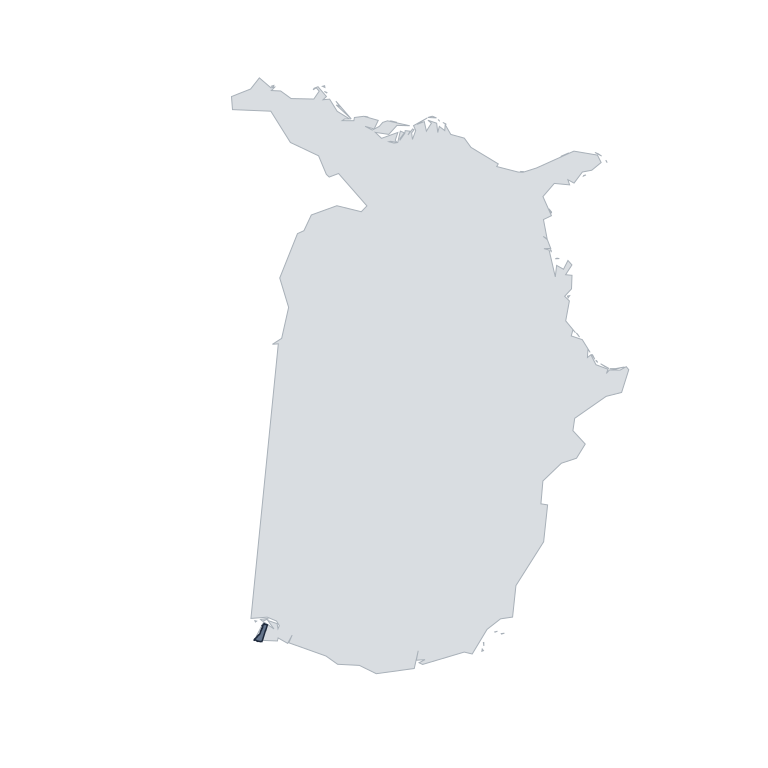 Clallam, Washington, United States of America (highlighted), rotated 287°
{"feature_id": "52423323B36348564143669", "entity_name": "Clallam", "entity_type": "district", "adm_level": 2, "iso_a3": "USA", "parent_name": "United States of America", "parent_adm1": "Washington", "projection": "orthographic", "projection_center": [-123.997, 48.129], "detail": "fine", "context": "in_parent", "style": "filled", "palette": "slate", "viewbox_px": 768, "rotation_deg": 287, "n_neighbors": 0, "source": "geoboundaries", "source_scale": "gbopen_adm2", "svg_char_len": 5206}
<svg xmlns="http://www.w3.org/2000/svg" viewBox="0 0 768 768"><g transform="rotate(287 384 384)"><path d="M587.6,223.9L611.8,196.0L602.1,158.9L614.3,154.1L627.1,170.2L640.3,175.3L634.2,189.2L635.9,192.7L631.7,190.5L634.0,199.5L629.8,211.7L636.0,233.6L645.1,236.4L647.4,232.6L644.6,230.2L646.4,230.7L649.0,234.0L642.1,244.9L638.0,242.6L640.5,248.7L631.1,259.5L627.4,273.5L625.9,268.8L623.6,267.0L627.0,278.2L630.2,277.8L634.1,286.4L634.4,301.4L625.0,300.0L624.9,290.6L623.4,298.5L629.0,304.2L633.8,306.3L636.7,310.4L638.5,333.1L635.1,320.8L624.1,315.6L622.1,302.1L618.2,309.8L628.6,323.7L620.5,323.5L618.9,325.5L618.0,319.2L617.1,317.8L617.3,323.2L618.9,326.5L630.6,325.7L630.2,330.0L623.5,327.6L621.6,327.9L629.8,330.6L632.5,330.2L633.4,335.1L629.2,334.1L636.3,336.8L635.8,338.4L632.2,337.0L626.2,339.7L635.7,340.2L639.7,336.7L651.1,347.6L641.9,339.6L646.7,345.8L638.2,350.6L647.3,353.1L649.1,348.9L648.8,358.1L640.2,361.9L646.5,361.6L644.1,368.0L649.9,366.7L642.2,374.9L642.6,388.9L635.7,398.0L627.9,428.9L624.9,428.2L625.9,450.3L627.1,455.0L635.1,466.6L662.2,497.5L665.3,521.2L659.3,526.9L649.2,520.2L644.7,511.7L631.7,507.0L633.1,500.1L628.7,503.3L625.6,488.2L609.7,481.2L593.9,494.9L587.9,488.4L570.6,497.5L571.7,493.1L569.8,498.0L562.4,503.8L560.2,497.4L560.4,502.7L536.5,516.5L547.9,514.4L546.2,522.1L555.9,523.8L552.8,528.9L541.6,525.7L542.9,532.0L529.8,535.5L520.7,531.1L517.6,537.0L497.5,539.3L489.0,552.2L491.1,548.8L484.7,549.0L484.4,560.6L474.5,571.9L476.7,568.9L468.8,570.8L472.4,573.3L464.4,581.1L463.6,593.9L459.1,593.6L463.3,595.4L466.3,605.7L471.4,610.6L469.2,613.9L445.4,613.7L437.1,600.0L407.0,576.4L394.6,578.3L385.4,594.0L369.3,589.8L360.1,576.8L337.7,564.3L315.3,569.1L316.2,575.8L279.8,582.8L229.8,569.1L198.7,575.1L193.5,564.1L179.5,554.3L151.6,547.3L151.1,539.1L127.1,502.9L127.7,499.0L132.4,503.8L129.3,495.7L138.9,494.7L120.8,496.1L104.7,461.3L107.7,442.7L102.4,421.6L106.9,408.0L108.7,368.6L117.0,369.6L107.8,367.7L110.2,357.0L107.1,357.2L101.2,334.9L121.3,338.6L117.6,350.4L123.9,342.0L123.6,351.8L118.9,354.2L122.3,354.6L125.9,350.5L126.9,340.5L120.9,325.3L391.5,271.2L389.4,265.7L397.7,272.8L429.4,270.4L454.9,253.3L502.5,257.3L507.2,262.6L524.4,265.1L540.7,286.8L542.1,311.9L549.3,315.6L572.0,279.0L565.9,271.1L567.6,267.6L583.1,254.7L587.6,223.9ZM636.5,260.4L640.4,255.3L627.9,275.2L636.9,256.7L636.5,260.4ZM122.8,334.7L125.6,340.9L125.4,341.9L121.6,337.2L122.8,334.7ZM470.6,609.0L465.7,600.8L464.7,595.5L466.4,600.9L470.6,609.0ZM635.6,188.8L637.4,191.4L636.4,191.5L635.6,188.8ZM521.7,533.7L522.8,535.7L520.3,534.9L521.7,533.7ZM162.7,556.1L165.8,554.6L166.0,555.0L162.7,556.1ZM159.3,555.4L158.1,557.1L157.0,555.7L159.3,555.4ZM646.3,241.4L646.1,244.2L645.6,244.1L646.3,241.4ZM465.3,590.0L464.6,594.8L466.7,585.2L465.3,590.0ZM653.9,487.1L659.1,493.2L653.2,486.6L653.9,487.1ZM179.3,562.4L180.8,564.8L179.1,562.7L179.3,562.4ZM666.8,521.6L665.6,525.5L667.1,518.0L666.8,521.6ZM654.2,351.9L653.8,356.4L651.7,348.0L654.2,351.9ZM119.9,329.7L120.0,331.5L118.8,330.6L119.9,329.7ZM472.9,574.9L469.2,578.4L472.8,574.3L472.9,574.9ZM650.7,238.1L651.9,240.0L650.3,240.8L650.7,238.1ZM179.6,569.1L180.9,572.0L179.2,569.5L179.6,569.1ZM468.5,580.4L467.1,582.1L468.1,579.9L468.5,580.4ZM637.7,314.3L638.0,319.9L637.2,312.5L637.7,314.3ZM488.2,554.6L486.0,557.3L489.1,552.9L488.2,554.6ZM627.1,452.1L628.0,455.6L626.9,453.5L627.1,452.1ZM650.9,366.6L650.5,367.8L651.3,363.8L650.9,366.6ZM599.8,490.5L597.5,493.9L596.3,494.3L599.8,490.5ZM561.1,503.8L560.8,504.7L559.0,505.5L561.1,503.8ZM641.8,514.0L643.0,516.0L641.1,513.9L641.8,514.0ZM554.9,512.6L555.2,515.0L553.8,511.2L554.9,512.6ZM662.4,531.4L660.9,532.7L662.8,530.6L662.4,531.4ZM634.5,288.1L634.7,290.9L634.2,287.1L634.5,288.1ZM652.7,358.3L652.2,359.7L652.0,359.8L652.7,358.3Z" fill="#d9dde1" stroke="#a8b0b8" stroke-width="1"/><path d="M119.7,339.8L119.7,339.7L119.8,339.4L119.7,339.3L119.2,339.3L118.9,339.4L118.8,339.5L118.6,339.5L118.4,339.2L118.3,338.9L118.1,338.8L117.7,338.5L117.7,338.4L117.5,338.2L117.4,338.1L117.2,338.2L117.0,338.6L116.7,338.8L116.5,339.0L116.4,339.0L116.2,339.0L116.0,338.9L115.7,339.1L115.2,339.0L114.8,339.1L114.5,339.0L114.4,338.9L114.4,338.6L114.2,338.7L114.0,338.8L113.7,338.8L113.5,338.7L113.4,338.6L113.2,338.5L112.8,338.7L112.4,338.7L112.2,338.4L111.6,338.3L111.4,338.4L111.1,338.3L110.9,338.4L110.3,338.4L110.0,338.5L109.9,338.4L109.4,338.4L109.2,338.4L108.7,338.3L108.0,338.1L107.8,337.9L107.6,337.8L107.4,337.7L107.5,337.5L107.4,337.4L107.1,337.3L106.5,337.0L106.3,336.9L106.1,336.8L105.9,336.7L105.9,336.8L105.7,336.9L105.4,336.7L105.0,336.5L104.8,336.4L104.6,336.4L104.4,336.3L104.2,336.2L103.3,335.5L103.1,335.4L102.9,335.3L102.7,335.1L102.4,335.0L102.2,335.1L101.9,334.8L101.8,334.7L101.4,334.8L101.1,334.7L101.0,334.8L101.0,335.0L101.3,335.4L101.6,335.5L101.7,336.0L101.5,336.7L101.4,336.9L101.3,337.0L101.2,337.1L101.4,337.4L101.4,337.5L101.2,338.0L100.9,338.2L100.9,338.3L101.0,338.4L101.3,339.0L101.4,339.3L101.3,339.5L101.3,339.8L101.4,340.0L101.4,340.3L101.5,340.6L101.5,341.1L101.5,341.4L101.6,341.6L101.8,341.8L102.0,342.4L102.0,342.5L104.0,342.7L104.6,342.7L113.7,342.7L113.7,342.9L119.5,342.9L119.5,342.0L119.5,339.8L119.7,339.8Z" fill="#64748b" stroke="#1e293b" stroke-width="1.5"/></g></svg>